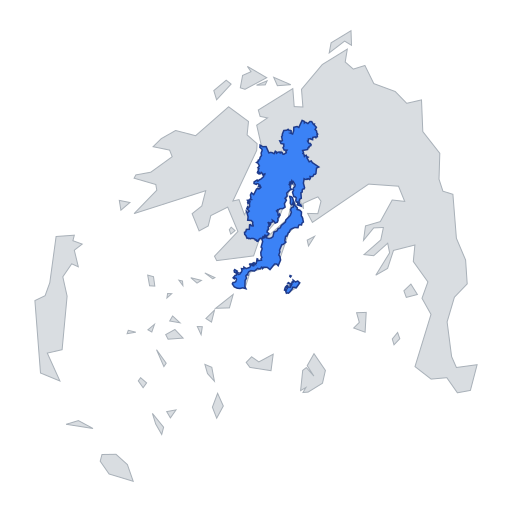 Stereas Elladas, Stereá Elláda, Greece shown in context, rotated 90°
{"feature_id": "26713481B15414951167649", "entity_name": "Stereas Elladas", "entity_type": "district", "adm_level": 2, "iso_a3": "GRC", "parent_name": "Greece", "parent_adm1": "Stereá Elláda", "projection": "natural_earth1", "projection_center": [23.323, 38.611], "detail": "fine", "context": "in_parent", "style": "filled", "palette": "blue", "viewbox_px": 512, "rotation_deg": 90, "n_neighbors": 0, "source": "geoboundaries", "source_scale": "gbopen_adm2", "svg_char_len": 9813}
<svg xmlns="http://www.w3.org/2000/svg" viewBox="0 0 512 512"><g transform="rotate(90 256 256)"><path d="M364.7,34.9L390.4,41.6L392.8,54.6L377.7,65.2L379.1,80.9L366.6,97.0L314.4,81.0L298.3,90.0L281.9,84.1L261.5,98.7L245.0,97.1L250.4,118.5L268.4,124.4L275.2,136.2L252.8,122.4L243.2,124.3L255.7,138.3L254.6,148.0L239.9,131.2L227.5,128.6L227.9,138.3L240.4,148.5L225.9,146.5L221.6,131.7L200.0,119.8L201.4,107.3L186.2,113.5L184.1,143.4L222.4,199.6L213.4,204.4L213.7,194.2L201.2,191.0L196.9,194.1L199.3,199.9L203.5,209.0L208.8,208.5L182.7,219.7L218.5,233.1L241.1,253.3L255.9,258.4L260.6,295.3L256.2,297.5L231.5,274.1L207.1,284.3L215.6,301.2L226.0,303.8L230.9,312.9L213.7,319.9L206.0,310.2L190.7,306.3L213.6,377.9L190.2,355.2L184.5,356.2L178.2,377.9L174.9,376.1L172.2,361.2L156.7,339.8L150.1,342.4L146.7,358.9L138.6,350.7L130.5,336.4L135.7,316.4L106.8,283.4L121.5,263.5L134.9,264.9L143.7,254.9L150.4,255.3L201.0,279.1L199.6,273.0L214.8,267.6L175.0,247.7L169.6,253.0L151.1,249.4L125.2,255.3L117.9,244.5L116.4,251.9L110.0,253.7L88.6,219.2L106.6,217.8L107.0,209.1L89.3,210.5L64.5,189.7L49.1,164.7L62.0,166.8L69.1,158.7L65.5,147.1L83.6,138.2L91.5,116.8L103.3,105.3L99.9,90.5L131.6,89.2L153.3,72.2L179.2,73.0L191.2,69.1L194.3,59.1L238.3,55.6L260.0,46.4L283.9,44.8L297.2,57.6L321.9,64.9L356.6,60.4L367.5,55.6L364.7,34.9ZM250.2,437.7L266.8,433.7L263.8,440.3L276.8,449.2L296.2,444.9L349.7,449.9L353.1,464.7L381.0,452.1L373.0,471.5L300.6,477.1L295.7,466.9L282.7,462.2L236.5,455.9L235.2,437.7L240.7,439.1L244.1,429.8L250.2,437.7ZM218.8,209.0L232.7,223.2L264.2,234.0L272.1,261.9L287.2,266.7L288.0,275.0L276.5,275.1L259.7,250.8L239.3,247.4L218.4,224.0L198.5,219.5L218.8,209.0ZM383.2,189.5L392.1,203.9L392.5,209.0L387.5,206.1L390.6,211.4L370.4,209.3L367.6,205.7L376.1,198.1L365.7,204.8L353.7,198.0L370.4,186.6L383.2,189.5ZM461.2,411.8L454.5,410.0L454.3,396.0L464.6,384.6L481.3,378.8L474.0,402.9L461.2,411.8ZM367.4,262.1L362.4,265.8L356.8,260.4L361.9,253.2L354.2,238.8L370.7,241.0L367.4,262.1ZM77.7,245.3L89.3,267.0L87.8,271.7L75.4,269.4L71.7,261.0L66.4,264.6L77.7,245.3ZM52.9,182.8L42.8,180.9L30.7,161.0L45.3,160.5L41.1,167.4L52.9,182.8ZM332.2,146.9L328.0,158.3L322.4,152.7L312.7,155.4L312.4,145.8L332.2,146.9ZM406.0,288.7L418.2,295.3L407.2,299.6L393.3,294.4L406.0,288.7ZM297.4,105.7L290.8,108.1L284.1,101.1L294.5,94.6L297.4,105.7ZM84.1,280.9L99.8,295.4L90.6,298.2L80.2,285.8L84.1,280.9ZM339.2,343.9L334.6,346.3L329.5,337.1L338.1,328.9L339.2,343.9ZM307.9,282.6L308.3,296.4L294.4,278.8L307.9,282.6ZM428.5,419.0L424.3,445.9L420.6,433.6L428.5,419.0ZM85.7,234.6L77.3,238.3L84.7,221.2L85.7,234.6ZM210.2,391.1L200.4,392.7L202.5,382.1L210.2,391.1ZM413.4,359.6L427.2,348.4L434.5,350.3L424.0,356.3L413.4,359.6ZM364.4,307.1L367.3,300.2L381.2,297.6L373.6,304.5L364.4,307.1ZM322.8,332.0L321.0,342.3L316.0,339.4L322.8,332.0ZM322.1,300.5L318.5,306.1L310.1,297.5L322.1,300.5ZM292.8,223.5L285.8,224.8L282.9,212.3L287.0,214.8L292.8,223.5ZM344.8,118.0L339.0,119.7L332.5,114.4L338.7,112.2L344.8,118.0ZM286.1,357.2L285.8,362.4L275.1,364.3L276.7,358.5L286.1,357.2ZM366.6,348.1L349.7,355.5L363.2,345.8L366.6,348.1ZM278.8,299.3L272.9,307.2L277.6,297.1L278.8,299.3ZM334.7,310.9L326.5,314.7L326.7,309.7L334.7,310.9ZM387.7,368.9L380.9,373.7L377.7,371.4L382.9,365.4L387.7,368.9ZM417.9,341.6L411.6,345.3L409.9,336.0L417.9,341.6ZM283.1,315.0L277.7,321.2L280.4,310.6L283.1,315.0ZM84.9,246.8L85.2,255.5L80.8,244.9L84.9,246.8ZM332.0,360.2L329.8,364.1L324.3,357.5L332.0,360.2ZM246.0,203.5L240.1,204.8L236.3,197.4L246.0,203.5ZM234.1,281.2L229.7,282.7L227.2,280.8L230.6,276.9L234.1,281.2ZM285.6,329.1L280.2,333.1L281.0,329.5L285.6,329.1ZM332.2,376.2L333.7,384.9L330.3,383.7L332.2,376.2ZM298.0,345.1L293.5,344.4L293.7,340.3L298.0,345.1Z" fill="#d9dde1" stroke="#a8b0b8" stroke-width="1"/><path d="M121.6,200.3L121.5,202.0L123.6,204.1L122.4,206.1L122.3,207.1L122.8,207.6L121.4,207.7L120.4,209.9L127.5,213.2L126.5,214.9L127.3,218.2L130.8,218.3L134.0,219.4L133.2,221.4L133.1,220.8L130.7,220.9L130.3,222.0L130.5,222.9L129.3,223.9L130.2,225.2L130.5,228.2L134.2,229.7L135.6,229.6L136.5,230.4L140.5,229.6L141.1,230.4L140.9,232.2L143.5,231.0L144.1,228.2L146.5,228.2L147.7,229.0L150.1,227.8L150.2,225.1L151.5,226.1L152.7,225.7L154.2,228.0L154.3,228.9L152.5,229.9L152.7,230.9L152.0,231.1L152.9,231.9L152.0,232.6L152.2,234.1L153.2,235.5L151.8,235.8L151.2,236.7L153.7,237.9L152.6,240.0L152.4,241.5L152.9,243.1L146.6,245.9L146.7,249.2L145.1,251.9L147.4,252.1L149.3,250.0L150.5,249.9L153.1,250.9L155.5,250.5L157.2,251.8L159.5,252.4L160.3,253.8L161.1,253.5L162.5,255.4L163.0,254.2L165.9,252.6L167.8,254.2L168.6,253.1L169.8,253.8L171.6,253.5L171.6,254.3L172.7,254.6L173.6,253.5L173.0,252.7L173.9,252.6L173.7,251.5L172.4,250.8L173.5,249.6L174.7,249.4L173.9,247.2L174.7,247.3L174.8,248.1L175.5,248.4L176.7,248.4L179.3,251.4L179.7,252.7L181.0,253.8L181.1,254.4L180.0,254.9L181.9,257.9L183.5,258.0L184.4,255.7L183.5,255.0L183.9,253.6L185.2,252.5L186.2,253.5L186.8,252.3L185.8,251.8L187.3,251.1L188.7,252.5L188.9,253.5L188.3,254.1L189.1,255.5L194.6,258.3L192.8,260.5L195.0,261.6L197.9,261.1L199.0,261.8L199.6,260.8L200.3,264.4L200.8,263.8L202.4,264.4L203.6,264.0L202.3,262.7L201.1,263.2L201.7,262.0L203.1,262.5L206.5,262.4L207.9,263.7L206.8,264.4L208.7,265.2L211.1,262.8L212.7,264.4L211.8,265.3L216.8,263.9L220.2,264.3L220.5,260.7L222.2,259.2L224.1,259.4L225.3,258.8L226.0,258.9L225.9,259.7L225.7,260.9L224.6,261.4L224.8,262.4L229.3,262.7L229.4,265.6L231.8,266.3L232.3,267.5L234.4,267.3L235.6,266.1L238.3,265.0L238.0,264.1L238.7,263.2L238.4,262.6L238.8,261.6L238.4,260.6L238.5,258.5L239.2,257.0L240.1,256.7L240.0,255.4L241.1,255.2L241.4,254.1L239.1,252.8L238.3,251.7L238.2,249.6L236.5,249.0L236.5,247.5L235.1,247.1L235.4,246.1L236.1,246.1L236.1,245.2L234.1,243.2L233.5,243.0L232.1,245.0L230.2,244.6L229.5,243.7L226.8,243.8L226.4,243.0L224.5,243.0L222.6,243.8L222.4,243.3L223.0,242.4L225.0,241.9L223.8,241.2L222.8,241.5L221.8,239.1L220.2,239.6L221.3,237.9L223.1,236.8L222.1,234.6L220.2,233.9L218.6,234.3L215.1,232.0L214.0,232.4L215.3,233.4L215.2,233.9L212.8,234.1L210.9,235.5L210.6,235.0L211.7,234.2L210.6,234.0L210.9,234.7L210.4,234.9L209.7,234.4L209.7,233.6L210.2,234.2L210.4,234.2L208.7,232.0L208.6,229.1L207.1,226.9L203.6,227.6L200.2,225.6L198.3,227.0L196.1,224.9L193.1,225.3L190.0,222.1L189.5,220.6L187.4,221.9L186.0,221.6L184.7,222.7L184.1,221.3L183.7,222.4L183.1,222.5L182.8,221.6L182.0,221.9L181.9,221.3L183.3,219.7L181.1,220.4L180.6,220.2L182.2,219.3L181.6,218.7L184.9,216.8L186.8,217.3L188.1,218.7L189.3,219.0L190.1,218.3L192.2,219.5L196.5,218.2L196.9,217.8L196.8,216.8L197.8,215.8L200.7,216.2L202.1,215.7L202.0,214.6L203.9,214.1L204.8,214.7L206.2,210.8L205.2,211.0L203.5,212.6L201.7,213.0L199.2,212.3L198.3,210.7L192.8,211.1L192.0,209.8L190.0,209.8L188.9,208.8L188.9,207.9L187.8,207.4L183.1,208.6L178.8,207.9L179.4,207.1L179.4,205.0L178.8,204.8L179.1,204.1L178.7,203.6L179.5,202.4L178.1,201.6L176.5,202.0L176.7,200.1L176.1,198.9L174.4,198.1L174.3,196.8L173.6,196.1L168.1,195.5L167.0,193.2L162.6,199.7L160.9,200.8L161.8,202.8L158.0,205.0L157.2,203.9L156.6,205.4L155.3,205.7L155.7,207.1L156.3,207.6L154.1,208.1L153.5,209.1L152.5,208.5L150.5,209.4L149.5,204.4L147.9,204.0L147.6,203.0L146.5,203.0L145.6,201.1L144.5,200.9L143.3,202.0L143.6,202.7L143.1,203.3L141.1,204.4L140.9,203.6L139.0,203.6L138.6,201.3L139.2,201.1L139.7,199.4L137.4,199.2L136.9,196.7L137.7,196.1L137.1,195.8L136.7,194.6L134.6,195.0L134.1,194.3L132.7,195.3L131.0,195.4L129.5,196.9L127.3,195.6L125.0,197.8L124.1,197.6L124.3,198.6L121.6,200.3ZM222.0,208.6L217.4,209.6L215.9,210.7L212.0,210.5L210.2,212.2L209.5,214.9L207.9,214.7L205.7,216.9L197.5,219.7L196.6,220.9L196.4,222.4L199.3,221.5L203.2,221.7L204.4,221.0L204.9,220.3L204.5,219.5L202.6,219.0L203.4,218.2L207.0,218.7L207.4,220.2L209.6,221.5L212.3,220.6L215.5,221.8L220.0,226.2L222.1,226.6L225.4,230.7L227.8,231.7L228.7,233.9L231.0,235.1L232.0,238.0L236.7,239.1L238.0,240.9L238.5,242.9L237.9,245.3L236.4,245.7L236.0,246.9L237.7,247.1L237.8,248.3L239.1,250.2L241.5,249.3L247.1,250.9L248.2,249.9L249.3,250.0L252.3,251.2L255.5,251.0L257.5,250.0L258.5,250.9L260.2,250.5L260.7,254.0L259.0,254.3L258.8,254.9L263.3,255.7L263.3,256.7L264.0,256.6L262.6,258.0L263.6,259.8L264.9,257.9L265.7,258.1L265.9,258.9L263.8,261.9L264.2,262.4L266.0,261.4L267.4,262.3L268.6,265.8L267.1,268.1L268.8,268.2L268.6,270.5L270.6,270.0L272.5,270.8L272.7,271.9L273.7,271.8L274.5,273.3L273.6,274.2L274.0,275.2L275.1,275.5L275.3,276.8L277.8,278.9L278.8,277.7L277.9,277.3L278.3,275.9L279.4,275.5L281.6,276.2L282.4,277.5L282.5,279.0L283.9,279.7L286.9,277.7L288.2,274.8L288.5,272.0L287.8,269.3L288.7,266.1L286.7,267.1L280.4,266.9L278.2,265.5L276.0,266.2L274.8,265.3L274.9,264.1L274.0,264.4L271.9,263.4L270.6,261.2L271.0,257.5L268.3,254.2L268.9,253.5L268.7,251.5L267.1,250.5L267.4,249.7L268.5,249.4L267.2,248.3L267.4,244.7L269.6,242.0L264.0,237.4L264.0,235.3L265.7,233.8L260.0,231.4L256.5,232.1L255.0,233.2L251.9,232.1L250.2,232.5L244.7,230.2L244.5,228.9L242.1,226.1L240.9,227.2L236.3,226.4L236.1,225.1L232.5,223.6L232.2,222.7L230.1,221.9L228.9,220.6L227.5,217.2L227.7,214.0L225.2,213.3L224.7,212.1L225.0,210.5L223.0,210.0L222.0,208.6ZM287.3,219.3L287.4,216.9L287.9,215.9L282.9,212.3L281.0,214.3L282.0,216.5L280.1,218.9L281.5,218.8L281.9,219.7L282.5,219.2L283.0,220.5L284.2,220.3L284.0,221.3L285.4,220.8L285.9,221.8L286.6,221.2L287.2,221.5L287.2,223.6L285.3,224.8L287.0,226.5L287.4,226.6L287.3,225.2L288.5,224.7L290.0,226.4L290.6,225.7L291.6,226.2L293.2,225.6L292.9,225.0L293.2,223.6L292.3,222.5L288.7,219.6L287.3,219.3ZM272.3,277.5L272.5,276.2L271.1,274.8L269.6,277.3L270.6,277.9L272.3,277.5ZM283.2,224.2L284.0,222.5L284.0,221.5L282.6,223.5L283.2,224.2ZM276.3,222.2L277.0,221.5L276.0,220.8L275.5,221.9L276.3,222.2ZM272.7,273.9L272.2,275.1L273.1,275.6L273.2,274.1L272.7,273.9ZM290.4,226.9L289.1,226.4L288.6,227.1L290.1,227.5L290.4,226.9Z" fill="#3b82f6" stroke="#1e3a8a" stroke-width="1.5"/></g></svg>